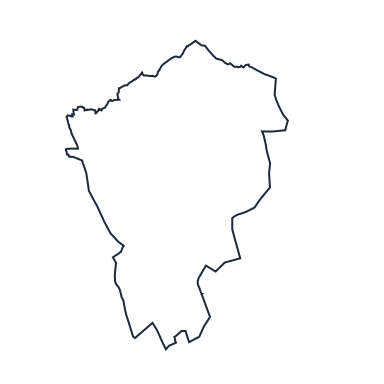 outline of Apeldoorn, Gelderland, Netherlands, rotated 255°
{"feature_id": "6326949B63797534103796", "entity_name": "Apeldoorn", "entity_type": "district", "adm_level": 2, "iso_a3": "NLD", "parent_name": "Netherlands", "parent_adm1": "Gelderland", "projection": "robinson", "projection_center": [5.983, 52.18], "detail": "fine", "context": "isolated", "style": "outline", "palette": "slate", "viewbox_px": 384, "rotation_deg": 255, "n_neighbors": 0, "source": "geoboundaries", "source_scale": "gbopen_adm2", "svg_char_len": 5479}
<svg xmlns="http://www.w3.org/2000/svg" viewBox="0 0 384 384"><g transform="rotate(255 192 192)"><path d="M279.7,302.4L280.1,302.1L280.6,301.6L281.5,300.5L285.3,295.3L286.8,292.9L293.3,285.7L296.4,282.7L298.5,279.8L300.5,279.7L300.7,276.9L299.1,273.7L301.2,272.1L301.0,271.9L300.6,271.1L300.4,270.8L300.5,269.4L300.6,268.8L300.8,268.6L301.5,267.7L301.7,266.9L301.7,266.4L302.0,265.3L306.4,262.2L305.9,259.9L308.0,257.5L311.2,255.4L311.7,255.1L312.0,254.5L312.6,253.4L314.6,249.9L319.0,247.4L322.1,245.9L324.4,244.7L329.9,242.4L331.3,239.0L337.2,234.5L335.1,229.2L334.4,226.5L334.3,226.3L333.9,226.0L333.8,225.7L333.7,225.5L333.8,225.1L334.1,224.8L333.8,224.5L333.4,224.0L332.3,222.8L332.1,222.5L329.6,220.1L328.1,218.9L325.7,215.9L325.5,215.6L325.4,215.3L325.4,214.9L325.5,214.1L325.8,213.8L326.3,213.1L326.6,212.5L327.1,211.3L327.2,210.8L326.6,206.9L325.5,204.2L325.1,202.9L324.9,202.6L324.5,201.7L324.1,200.6L323.4,198.5L322.4,196.6L321.7,195.4L320.6,194.2L319.5,193.3L319.3,193.1L319.1,192.7L318.8,192.4L318.2,192.1L317.9,191.8L317.9,191.6L317.7,191.3L316.8,190.1L316.6,190.0L316.2,189.8L315.6,189.7L315.2,189.4L313.8,188.2L313.5,187.5L313.3,187.0L313.1,186.6L313.1,186.3L313.1,186.0L313.2,185.8L313.4,185.4L314.1,184.5L314.2,184.2L314.4,184.1L314.5,183.8L314.4,183.7L314.5,183.3L314.6,182.7L314.5,182.4L314.6,182.2L314.9,181.4L316.7,177.3L316.8,176.9L316.8,175.9L317.0,175.6L318.7,174.7L318.7,174.8L320.4,174.8L320.4,174.6L320.0,174.4L319.8,174.2L319.6,174.1L319.6,173.8L319.5,173.7L318.9,173.4L318.7,172.4L318.1,171.8L317.9,171.5L317.3,170.9L317.3,170.5L317.1,170.2L316.9,169.9L316.6,169.4L316.5,169.2L316.4,168.4L316.5,168.0L316.5,167.9L316.4,167.8L316.0,167.5L315.8,167.3L315.7,167.1L315.5,166.6L315.3,166.0L315.3,165.9L315.6,165.6L315.6,165.4L315.3,164.9L314.8,163.6L314.6,162.9L314.3,162.3L314.1,161.3L314.0,160.7L313.9,160.3L313.8,160.1L313.7,159.9L313.5,159.6L313.3,159.2L313.0,158.7L312.8,158.2L312.4,157.9L311.9,157.0L312.1,155.9L312.3,155.4L312.4,154.9L312.2,154.5L312.3,153.6L311.9,152.7L311.9,152.2L311.7,151.7L311.7,151.4L311.6,151.1L311.4,150.5L311.3,150.2L311.1,149.8L311.0,149.5L311.0,149.3L311.1,149.1L311.0,148.7L311.1,148.2L310.6,148.1L307.6,147.2L307.4,147.0L306.6,146.1L306.1,145.3L302.1,145.0L301.6,144.9L301.5,145.0L300.3,145.2L300.0,145.4L300.6,142.5L300.7,141.9L300.9,141.1L300.8,139.9L300.7,139.1L300.6,137.8L300.1,137.6L301.2,137.7L301.8,137.5L302.0,137.3L302.1,137.2L302.0,136.7L300.4,134.0L300.2,133.9L299.4,133.5L299.1,133.3L298.1,132.1L297.5,131.3L295.9,129.7L295.7,126.8L295.6,126.7L294.2,125.7L294.4,125.5L295.1,125.1L296.2,124.1L295.4,123.6L295.8,123.1L294.9,122.6L292.8,119.4L292.9,119.1L295.9,119.6L297.6,116.8L297.9,115.9L298.1,115.0L298.1,114.9L298.2,114.4L298.2,114.1L298.1,112.6L298.3,112.4L298.7,112.1L298.3,111.6L298.3,111.4L298.5,110.9L298.7,110.3L298.7,109.9L298.6,109.3L298.8,109.3L299.8,109.6L300.4,109.7L300.7,109.8L301.4,109.5L301.5,109.3L301.6,108.9L301.9,108.3L302.5,108.3L302.6,107.9L303.0,107.1L303.3,106.8L303.4,106.2L303.4,105.4L303.5,104.0L303.3,104.0L301.7,102.5L301.3,102.3L301.1,102.3L301.1,101.7L301.7,100.0L302.4,98.8L301.8,98.6L300.8,98.3L297.9,98.1L297.4,98.1L298.0,96.4L295.9,96.3L296.2,94.9L297.1,94.5L297.1,94.4L297.1,94.0L297.4,93.4L298.2,91.8L297.4,90.7L296.7,90.5L296.5,90.3L296.2,90.2L295.7,90.4L288.8,90.3L288.6,90.4L288.4,90.7L286.6,90.2L285.8,90.2L285.2,90.3L284.1,90.7L283.0,90.9L281.8,90.9L281.2,90.9L280.8,90.9L280.1,90.7L279.9,90.7L279.9,90.8L279.6,90.8L279.2,91.0L278.8,91.1L278.5,91.1L278.2,91.0L277.0,91.3L271.7,92.3L266.9,93.2L264.1,93.2L263.3,93.0L264.2,90.2L265.1,86.9L265.7,83.6L265.9,82.9L266.1,82.4L266.1,82.1L266.1,81.7L265.3,81.1L264.1,81.1L263.4,81.2L263.1,81.3L262.4,81.2L261.1,81.0L260.6,80.9L260.3,82.1L258.4,82.4L258.5,82.8L257.7,82.9L256.9,85.6L256.9,85.8L256.8,86.1L250.9,94.0L247.1,94.1L244.5,94.4L244.4,94.4L243.9,94.4L237.7,94.8L224.5,93.3L219.8,92.7L208.1,95.4L202.4,96.8L185.9,99.6L173.2,102.6L164.6,107.1L163.1,107.9L162.3,108.5L161.6,109.0L161.3,109.4L160.5,109.9L159.6,110.6L158.9,111.2L158.5,111.5L158.1,111.8L157.7,112.2L157.3,111.8L156.8,111.0L156.3,110.5L154.3,109.1L153.4,108.5L152.5,107.7L152.2,106.4L151.5,105.4L151.0,103.7L150.6,102.2L149.4,98.7L142.8,100.3L140.5,99.2L132.1,96.0L125.2,94.5L121.7,95.1L119.7,96.3L119.2,96.4L117.9,96.7L117.1,96.8L115.6,97.0L113.2,96.9L112.1,97.0L109.9,96.8L109.4,96.8L108.9,96.8L108.3,97.0L106.5,97.2L105.3,97.6L95.7,96.9L91.0,96.7L82.2,97.1L69.2,97.6L67.4,97.8L65.7,99.1L75.8,120.0L68.8,122.1L67.1,122.5L60.5,123.6L55.9,124.3L53.2,124.8L46.8,126.1L49.4,129.8L50.6,137.5L52.4,137.4L52.9,137.2L53.2,137.2L55.2,137.5L56.6,137.5L56.8,138.6L60.5,146.0L59.4,149.8L53.9,150.0L49.9,150.2L47.7,150.4L49.8,158.9L49.6,159.0L50.4,161.6L58.9,168.6L66.7,177.1L81.4,175.7L81.8,175.7L90.6,174.9L90.8,175.2L90.9,174.8L98.0,174.2L100.4,173.8L100.9,173.7L104.4,174.4L107.2,176.2L117.3,186.4L109.1,194.2L115.4,205.4L115.5,221.4L145.2,221.2L148.8,222.1L153.6,223.4L156.5,224.2L157.8,227.8L158.0,228.4L158.2,229.3L158.2,229.7L158.4,231.6L158.4,233.2L158.8,238.8L160.8,248.4L166.0,254.4L167.7,256.6L168.6,257.6L168.6,257.9L170.3,260.1L176.2,268.5L183.3,269.9L190.0,271.2L193.6,272.6L195.1,273.2L196.8,273.8L199.2,274.8L199.6,274.9L208.3,274.8L212.0,274.9L213.1,274.9L218.4,275.5L228.0,275.9L232.4,275.3L231.3,279.2L229.7,284.8L227.5,298.1L229.2,299.0L232.7,301.0L234.1,301.8L236.0,303.1L243.2,300.0L251.9,298.2L253.5,297.9L259.3,297.2L262.2,297.1L264.6,297.0L273.1,300.0L279.6,302.3L279.7,302.4Z" fill="none" stroke="#1e293b" stroke-width="2"/></g></svg>